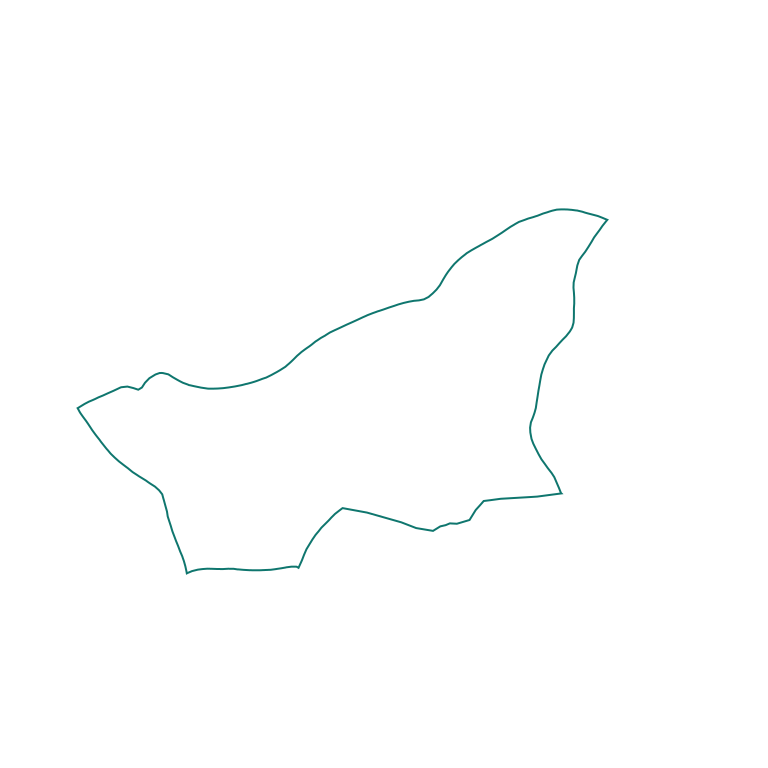 the district of Al Mukalla, Hadramawt, Yemen, rotated 314°
{"feature_id": "15242507B18959101282675", "entity_name": "Al Mukalla", "entity_type": "district", "adm_level": 2, "iso_a3": "YEM", "parent_name": "Yemen", "parent_adm1": "Hadramawt", "projection": "robinson", "projection_center": [48.878, 14.721], "detail": "fine", "context": "isolated", "style": "outline", "palette": "teal", "viewbox_px": 768, "rotation_deg": 314, "n_neighbors": 0, "source": "geoboundaries", "source_scale": "gbopen_adm2", "svg_char_len": 4462}
<svg xmlns="http://www.w3.org/2000/svg" viewBox="0 0 768 768"><g transform="rotate(314 384 384)"><path d="M153.8,180.4L153.6,181.1L152.6,184.2L152.1,186.1L151.4,189.8L151.0,192.1L150.5,195.2L149.8,198.7L148.9,202.7L148.1,206.2L147.2,211.4L146.8,214.1L146.3,217.9L145.8,220.6L145.4,223.6L144.8,228.1L144.6,229.8L144.5,231.4L144.1,234.8L144.0,236.5L144.0,241.5L144.2,246.7L144.2,247.0L144.8,252.4L145.3,256.6L145.5,258.0L145.8,261.8L146.0,264.3L147.1,270.0L147.4,271.8L148.1,274.9L149.2,279.9L149.5,282.2L150.0,285.1L151.1,290.5L151.3,296.1L150.6,301.1L148.5,304.6L147.6,306.2L144.5,311.4L141.5,316.5L138.5,320.4L136.2,324.7L133.6,329.6L132.5,331.5L130.9,334.4L128.7,339.1L126.6,343.5L124.6,348.1L121.9,353.8L119.9,358.6L119.1,360.1L117.6,363.1L114.9,367.7L112.7,371.0L112.1,371.9L110.8,373.7L111.9,374.1L116.1,375.9L120.1,378.4L121.2,379.1L124.8,382.0L128.5,385.3L131.7,388.8L135.3,392.8L139.1,396.8L141.4,398.9L142.8,400.2L146.6,404.2L148.8,407.3L149.6,408.2L152.6,411.9L156.2,416.1L157.2,417.2L159.7,419.9L164.0,424.3L167.6,427.7L171.7,431.6L175.6,434.7L175.7,434.8L175.8,434.8L176.7,435.5L180.2,438.2L183.5,440.6L184.3,441.1L188.4,444.4L189.5,445.5L191.9,448.1L192.0,448.5L192.4,450.2L198.9,447.9L200.5,447.3L205.7,445.1L211.3,443.0L217.1,441.7L222.5,440.5L225.5,440.0L227.8,439.6L230.4,439.4L232.3,439.3L237.0,438.8L237.9,438.8L242.0,438.9L246.8,439.0L248.3,439.0L251.3,438.9L256.5,439.0L262.2,439.8L265.9,440.4L266.0,440.5L279.7,461.1L288.1,476.8L296.5,492.5L302.7,507.2L312.4,521.3L320.7,523.4L325.3,526.4L329.5,528.2L334.1,533.5L338.5,536.0L345.6,540.0L357.1,537.5L363.3,537.3L369.1,537.0L374.3,541.2L382.4,547.6L404.9,568.3L409.4,572.4L428.5,587.6L428.5,587.4L428.6,586.8L430.7,582.2L432.7,577.4L435.3,571.2L436.4,566.4L437.3,560.1L438.3,554.8L439.2,549.6L440.9,543.9L443.1,537.5L444.8,532.8L447.0,528.2L450.8,522.9L454.1,519.4L458.5,516.3L462.8,514.6L464.6,513.8L468.0,512.2L472.2,509.9L476.5,506.8L481.5,503.3L486.4,499.8L490.6,497.0L495.4,493.7L500.1,490.6L502.8,489.2L505.1,488.0L508.1,486.6L509.5,485.9L513.9,484.4L519.0,482.7L525.0,481.9L530.3,482.0L535.0,481.8L540.0,481.7L544.8,481.8L548.8,481.4L549.0,481.4L550.9,481.2L552.7,480.8L553.9,480.5L555.1,480.2L555.6,480.0L559.7,477.8L560.2,477.4L563.4,474.7L567.0,471.3L570.4,468.0L574.1,464.9L574.5,464.5L578.3,460.8L581.7,457.1L584.9,453.4L588.8,449.9L592.8,447.5L596.9,445.1L603.6,440.7L608.9,438.2L613.5,437.5L618.9,436.9L624.6,435.8L630.6,434.5L635.4,433.3L639.9,432.7L644.6,432.1L649.4,431.3L655.6,430.7L657.2,430.6L656.1,427.8L655.5,426.2L653.6,421.6L653.5,421.4L653.1,420.6L650.8,416.5L648.2,411.9L646.9,409.5L645.7,407.0L643.3,403.0L642.9,402.3L642.5,401.9L639.7,398.1L636.6,394.3L633.0,390.5L632.4,389.9L629.5,387.2L625.5,384.6L622.8,383.1L621.0,382.2L617.1,380.0L616.2,379.6L611.6,377.5L610.0,376.6L607.5,375.3L603.2,372.8L599.4,371.0L599.0,370.8L596.2,369.4L594.4,368.5L590.1,367.2L589.2,367.0L584.9,365.8L579.7,364.7L574.7,363.7L569.6,362.5L563.8,361.1L560.4,360.0L557.4,359.0L552.8,357.6L551.3,357.1L549.5,356.6L546.0,355.5L540.9,354.0L535.4,352.6L534.2,352.5L529.2,351.8L524.7,351.4L519.4,351.2L514.9,351.5L509.4,352.1L506.5,352.6L504.9,352.9L502.3,353.5L500.5,353.9L497.8,354.6L493.9,355.6L488.4,356.2L482.9,356.1L480.0,355.8L477.6,355.6L472.6,353.9L468.5,351.1L466.3,349.2L464.7,347.8L460.7,344.9L456.1,341.9L451.3,339.1L447.0,336.9L442.5,334.5L441.3,333.9L436.9,331.7L433.3,329.8L431.7,328.9L430.2,328.2L427.4,326.8L421.8,324.2L420.9,323.9L417.5,322.5L412.0,320.4L409.2,319.3L406.4,318.2L400.7,315.9L394.4,313.5L390.0,311.8L388.5,311.2L383.4,309.3L378.9,308.2L377.9,308.0L373.3,306.6L369.0,305.7L367.0,305.2L362.0,304.6L359.0,304.1L356.6,303.6L354.5,303.2L349.7,302.4L347.2,302.2L344.0,301.9L338.2,301.8L335.4,301.7L332.5,301.5L330.6,301.3L327.9,301.1L321.7,299.6L317.8,298.5L316.9,298.2L312.1,296.7L306.8,294.8L303.0,292.8L302.5,292.6L297.7,290.3L295.6,289.2L292.9,287.7L288.9,285.3L288.4,284.9L284.3,282.4L278.7,278.5L273.8,274.8L269.3,271.2L265.2,267.5L261.4,263.8L259.0,261.3L258.1,260.2L254.3,254.9L250.5,248.9L248.2,245.1L247.8,244.6L247.3,243.2L245.2,238.5L244.1,234.9L243.4,232.3L242.2,227.5L241.2,222.4L241.1,222.1L238.3,217.4L237.4,216.3L236.1,215.0L232.1,213.0L225.2,211.2L218.9,211.2L213.3,212.3L209.2,211.2L207.0,206.6L203.9,201.2L199.1,197.2L198.0,196.7L196.1,196.0L191.1,194.1L185.5,191.8L180.4,189.8L176.1,187.9L171.7,186.3L171.1,186.0L170.5,185.8L166.3,184.0L161.8,182.5L155.7,180.9L155.1,180.8L153.8,180.4Z" fill="none" stroke="#0f766e" stroke-width="2"/></g></svg>